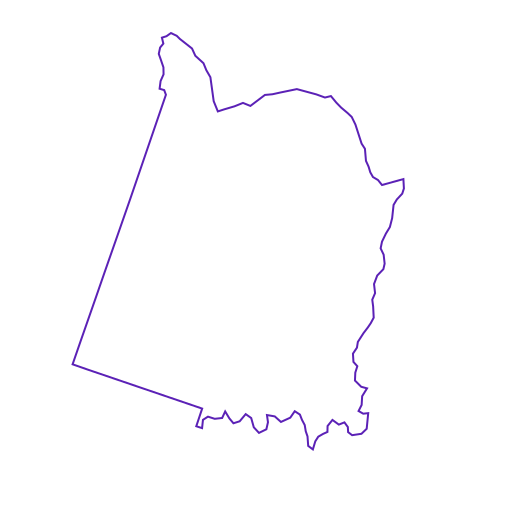 the district of Medianeira, Paraná, Brazil, rotated 200°
{"feature_id": "56859067B12275728934529", "entity_name": "Medianeira", "entity_type": "district", "adm_level": 2, "iso_a3": "BRA", "parent_name": "Brazil", "parent_adm1": "Paraná", "projection": "robinson", "projection_center": [-54.121, -25.266], "detail": "fine", "context": "isolated", "style": "outline", "palette": "violet", "viewbox_px": 512, "rotation_deg": 200, "n_neighbors": 0, "source": "geoboundaries", "source_scale": "gbopen_adm2", "svg_char_len": 1729}
<svg xmlns="http://www.w3.org/2000/svg" viewBox="0 0 512 512"><g transform="rotate(200 256 256)"><path d="M106.4,169.6L112.4,169.1L120.4,172.8L122.8,180.4L123.1,187.1L128.2,189.8L131.5,197.4L129.8,204.4L130.9,210.1L128.6,220.3L126.5,227.0L125.2,232.1L124.3,238.3L128.6,248.5L131.8,254.7L131.4,261.8L135.5,270.0L135.4,279.1L131.8,287.2L132.5,292.8L136.5,300.9L141.5,305.8L142.5,312.6L141.6,321.5L140.1,329.0L141.0,338.1L144.2,351.1L143.0,357.3L139.9,364.6L140.1,370.0L143.8,378.7L161.9,365.8L167.3,369.1L173.1,370.2L177.2,373.7L180.8,378.5L185.2,383.0L190.3,394.0L195.2,397.7L207.5,413.5L213.6,419.4L218.9,421.7L226.8,424.6L233.0,427.6L240.3,431.9L245.4,428.5L254.6,428.5L274.7,426.8L288.8,418.1L295.9,413.6L302.7,410.4L312.6,395.1L320.6,395.4L327.4,389.3L336.2,382.8L341.3,378.8L348.7,387.0L360.0,408.4L366.2,413.6L371.3,419.2L381.5,423.4L387.1,429.1L401.7,433.9L405.8,435.8L412.2,436.4L415.3,431.9L419.1,429.0L415.7,423.9L417.4,419.1L416.5,412.7L412.8,408.2L407.5,401.6L405.0,395.1L405.5,387.8L403.8,380.2L399.0,380.5L395.8,376.7L393.7,266.3L393.2,229.3L392.7,188.6L392.3,162.9L391.7,116.6L391.3,91.5L375.3,91.7L254.4,94.2L253.9,75.6L247.8,75.8L249.8,83.9L246.2,88.6L239.1,88.9L232.4,92.2L231.8,99.4L225.5,94.3L220.0,91.1L214.8,95.1L211.6,103.9L205.1,102.1L199.5,94.3L192.7,90.8L187.0,96.7L187.9,103.9L191.3,110.3L183.5,111.7L175.8,108.6L168.5,115.8L166.5,123.4L160.5,122.0L156.8,117.8L152.4,113.8L149.3,108.3L145.9,104.1L142.0,95.4L136.4,93.7L136.9,102.1L135.7,107.5L132.1,111.8L128.7,115.1L130.6,120.7L128.1,128.1L120.5,125.9L116.0,129.9L111.2,126.7L109.2,122.0L104.4,120.5L96.1,125.0L92.9,131.5L96.8,146.7L101.3,144.5L106.6,145.4L105.8,152.2L108.3,160.6L106.4,169.6Z" fill="none" stroke="#5b21b6" stroke-width="2"/></g></svg>